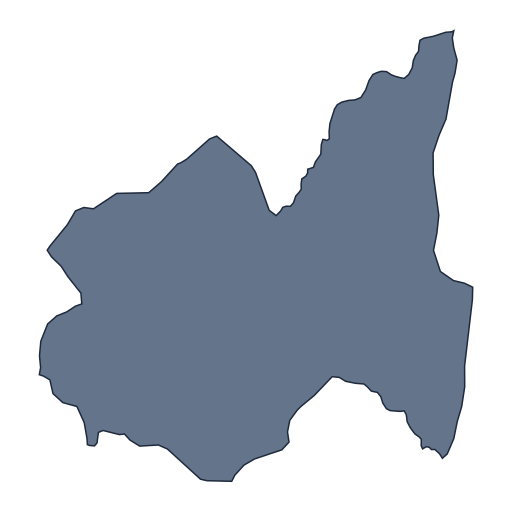 an SVG outline of Gourma
{"feature_id": "BFA-2184", "entity_name": "Gourma", "entity_type": "Province", "adm_level": 1, "iso_a3": "BFA", "parent_name": "Burkina Faso", "parent_adm1": "", "projection": "equal_earth", "projection_center": [0.734, 12.217], "detail": "fine", "context": "isolated", "style": "filled", "palette": "slate", "viewbox_px": 512, "rotation_deg": 0, "n_neighbors": 0, "source": "natural_earth", "source_scale": "10m", "svg_char_len": 2074}
<svg xmlns="http://www.w3.org/2000/svg" viewBox="0 0 512 512"><path d="M39.3,374.7L40.6,367.7L39.5,355.7L40.8,341.2L47.7,323.9L56.8,315.9L66.7,311.9L75.3,306.2L81.8,303.9L80.9,293.1L68.0,276.8L61.2,266.3L51.5,256.9L47.2,250.2L50.0,246.0L67.3,224.8L75.5,210.9L83.8,207.5L93.5,208.8L116.7,193.4L148.7,192.7L161.4,181.7L177.6,164.0L180.6,162.9L186.7,159.2L209.6,138.9L216.7,136.1L251.3,165.7L255.5,172.3L269.2,210.3L276.1,215.6L280.8,210.8L282.8,207.3L286.2,206.2L290.4,206.3L293.5,202.7L295.8,196.0L299.0,192.4L301.2,189.4L301.1,184.0L301.8,178.9L305.7,176.3L307.6,173.2L307.7,169.2L313.4,167.4L315.4,161.9L320.8,154.2L321.3,144.7L322.9,139.4L324.8,139.7L327.1,140.4L329.3,138.8L329.1,131.6L329.9,123.6L334.5,109.1L337.3,104.7L341.8,102.1L348.6,100.4L355.0,99.9L360.9,97.5L365.7,89.9L369.0,80.6L372.9,74.5L376.7,72.7L381.2,71.3L386.5,71.6L391.5,74.9L395.7,76.5L397.5,76.9L399.8,77.6L404.2,78.4L408.7,74.5L412.2,67.9L413.4,60.3L415.7,55.1L418.5,51.4L419.0,45.4L420.0,40.3L423.8,38.2L433.3,36.3L445.6,32.3L451.7,31.8L453.8,30.7L452.3,37.9L453.8,48.0L457.1,60.2L455.0,73.2L452.5,82.2L446.0,119.0L439.1,135.1L433.1,152.9L433.3,174.7L438.8,215.2L436.9,233.0L433.5,250.4L440.4,271.5L453.5,280.6L464.2,283.1L472.7,287.2L472.4,299.7L464.6,366.0L464.7,386.9L461.7,406.5L457.3,421.4L453.8,438.6L447.2,454.0L442.4,458.3L439.5,453.7L434.7,449.4L431.5,449.6L429.3,447.3L426.3,446.7L422.6,448.9L421.2,445.7L421.3,439.3L419.0,436.8L414.9,433.9L410.4,427.9L407.2,421.8L406.3,414.7L404.2,410.9L400.1,411.4L390.1,410.6L386.4,408.7L382.8,403.1L380.8,396.7L377.4,392.4L371.3,391.1L367.3,386.8L364.0,384.0L355.5,383.3L345.6,381.3L339.3,377.4L332.2,376.7L314.3,395.4L301.1,406.3L297.2,410.2L289.8,420.3L287.5,431.9L289.0,442.1L281.9,449.8L254.4,459.0L244.0,465.1L234.9,475.1L231.7,481.3L207.0,480.7L200.5,479.2L167.4,449.0L158.4,445.0L139.7,446.1L130.0,440.1L124.5,434.0L119.4,434.6L103.1,430.5L98.4,432.4L97.0,443.0L94.5,445.9L89.9,445.5L87.4,444.7L87.0,438.5L84.2,422.5L76.9,406.5L62.8,402.6L53.0,393.6L49.9,379.9L43.5,376.1L39.3,374.7Z" fill="#64748b" stroke="#1e293b" stroke-width="1.5"/></svg>